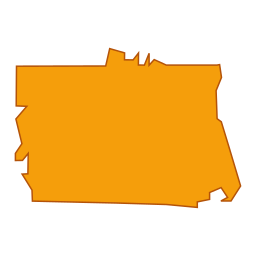 Calhoun, Georgia, United States of America
{"feature_id": "52423323B2673135153008", "entity_name": "Calhoun", "entity_type": "district", "adm_level": 2, "iso_a3": "USA", "parent_name": "United States of America", "parent_adm1": "Georgia", "projection": "equal_earth", "projection_center": [-84.612, 31.536], "detail": "fine", "context": "isolated", "style": "filled", "palette": "amber", "viewbox_px": 256, "rotation_deg": 0, "n_neighbors": 0, "source": "geoboundaries", "source_scale": "gbopen_adm2", "svg_char_len": 628}
<svg xmlns="http://www.w3.org/2000/svg" viewBox="0 0 256 256"><path d="M16.5,66.2L16.2,105.9L26.8,106.3L15.9,119.0L21.9,143.7L15.4,153.4L15.4,160.5L22.5,160.4L28.2,153.4L27.9,173.8L22.1,174.1L32.0,190.1L32.4,201.1L116.1,203.0L166.5,204.5L197.3,207.4L197.3,201.9L209.6,199.4L209.6,192.5L221.1,187.6L227.6,197.4L220.9,201.0L231.0,201.0L240.6,186.0L229.5,148.8L221.3,121.8L217.1,118.7L216.1,90.6L221.5,77.4L219.6,64.6L216.9,65.1L166.3,65.1L154.2,59.6L149.1,65.2L149.1,53.3L144.4,65.1L138.4,65.0L138.5,53.0L133.1,59.9L124.5,59.8L124.6,52.9L109.7,48.6L105.7,66.0L16.5,66.2Z" fill="#f59e0b" stroke="#b45309" stroke-width="1.5"/></svg>